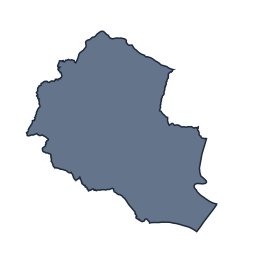 the district of Mork, Xiangkhoang, Laos, rotated 189°
{"feature_id": "54806243B65715905336268", "entity_name": "Mork", "entity_type": "district", "adm_level": 2, "iso_a3": "LAO", "parent_name": "Laos", "parent_adm1": "Xiangkhoang", "projection": "orthographic", "projection_center": [104.08, 19.054], "detail": "fine", "context": "isolated", "style": "filled", "palette": "slate", "viewbox_px": 256, "rotation_deg": 189, "n_neighbors": 0, "source": "geoboundaries", "source_scale": "gbopen_adm2", "svg_char_len": 5847}
<svg xmlns="http://www.w3.org/2000/svg" viewBox="0 0 256 256"><g transform="rotate(189 128 128)"><path d="M151.3,215.1L152.6,215.3L153.1,215.2L157.1,213.7L158.5,213.8L160.2,214.3L162.1,216.5L162.5,216.7L163.3,216.8L167.1,219.4L168.3,219.6L169.8,219.2L171.4,217.9L173.5,215.6L174.2,214.1L175.1,213.0L175.8,212.5L177.5,212.0L179.5,209.4L181.6,208.5L183.0,207.1L183.2,206.6L183.2,205.4L182.5,203.7L182.1,201.7L184.3,197.8L187.2,194.9L188.0,193.1L188.3,189.6L189.6,184.4L190.2,184.2L190.5,184.7L191.3,184.8L191.4,185.8L191.7,186.2L193.1,186.3L194.2,186.7L194.9,186.1L195.7,186.0L197.6,186.4L198.2,185.7L198.9,185.6L199.5,185.1L200.2,185.2L200.4,185.0L200.7,183.9L201.1,183.4L202.3,183.4L202.4,183.6L202.5,184.4L202.6,184.5L203.6,184.0L203.7,183.7L204.4,183.6L204.8,183.9L205.9,183.7L206.2,183.4L206.2,182.6L207.1,178.8L207.1,177.7L206.9,177.4L206.5,177.2L204.6,177.3L204.7,177.1L205.3,176.7L206.3,175.6L206.4,175.2L206.1,174.6L205.4,174.5L205.4,173.9L204.3,173.2L203.6,172.1L203.1,172.4L202.8,172.3L202.3,170.9L201.8,170.3L201.5,168.3L201.7,167.7L202.4,167.1L202.4,166.1L203.5,166.1L203.8,165.9L204.4,165.2L204.5,164.6L204.8,164.4L205.7,165.1L207.2,164.8L207.3,164.7L206.9,164.4L206.9,164.2L207.9,163.3L208.1,162.6L210.6,162.6L212.0,161.7L212.9,160.7L213.5,160.8L214.2,160.6L215.0,161.3L215.6,161.4L216.3,161.4L216.8,161.0L217.7,161.0L218.1,160.4L218.7,160.3L219.3,159.3L220.7,158.5L220.8,158.1L220.5,156.8L220.6,156.5L221.8,156.1L222.4,155.5L222.8,154.9L222.9,154.0L223.4,153.3L223.4,152.6L223.0,150.0L223.9,149.0L224.0,148.5L223.9,148.3L223.3,147.9L222.3,146.5L223.3,145.6L223.3,145.3L222.4,145.1L222.1,144.9L221.9,143.6L221.4,142.9L221.0,142.7L220.3,142.7L220.6,141.9L220.5,141.4L219.6,139.9L219.7,138.6L219.4,138.2L219.5,137.8L218.5,136.5L218.3,135.5L218.4,134.9L219.0,134.4L220.2,132.1L220.2,131.1L220.9,129.3L220.7,127.1L221.3,126.1L221.1,124.9L221.8,123.8L221.4,123.3L221.2,122.5L221.5,122.0L221.5,121.1L221.7,120.7L222.5,120.8L223.5,120.3L223.3,119.8L223.5,117.6L223.7,116.8L224.2,116.1L224.4,114.8L224.7,114.5L225.1,113.9L226.0,111.5L226.2,110.9L225.9,110.0L226.1,109.1L226.8,107.8L227.3,107.8L227.5,107.5L227.4,107.1L226.7,106.3L226.4,104.8L225.7,104.7L224.3,104.8L224.0,105.2L222.0,106.1L221.5,106.0L221.0,106.3L220.2,106.3L219.9,106.7L219.1,107.0L217.2,108.3L216.3,107.4L215.4,107.3L214.7,106.8L213.9,106.7L212.7,107.1L211.9,107.7L207.7,106.2L205.9,105.0L205.3,104.9L205.0,104.6L204.9,103.6L206.2,102.6L206.3,101.7L207.0,101.0L206.3,99.6L206.9,99.0L206.8,97.1L209.3,94.8L209.3,94.2L208.8,92.2L208.1,91.4L207.1,91.1L206.4,91.2L205.4,90.6L203.2,90.7L202.5,90.3L201.9,90.4L200.6,90.1L199.7,89.0L199.9,88.4L199.4,87.0L199.5,86.5L198.8,85.9L198.8,84.9L198.6,83.8L198.7,83.0L197.6,82.2L195.8,78.6L195.2,78.0L194.5,77.7L194.2,77.1L193.9,77.1L193.2,77.5L192.4,77.5L192.0,77.3L191.4,77.5L190.6,77.3L189.9,77.3L189.4,77.0L188.4,76.7L186.4,76.9L184.4,76.5L183.5,76.5L181.4,75.8L181.1,75.4L179.4,74.7L177.9,74.6L177.2,75.2L177.0,74.8L175.4,73.4L175.1,72.7L174.9,72.1L174.5,71.7L174.0,70.5L172.4,68.7L171.6,68.7L171.2,68.1L171.0,68.5L169.4,69.8L169.1,70.4L168.4,71.0L167.9,72.0L167.2,70.9L167.3,70.1L166.5,69.6L165.9,68.2L165.3,67.8L165.3,66.7L164.9,66.3L164.7,65.8L163.9,65.5L163.0,64.7L161.4,64.5L161.3,64.3L161.5,64.1L161.0,63.1L159.5,62.9L159.0,62.2L158.9,61.5L157.9,61.0L157.7,60.4L157.2,59.7L156.6,60.0L156.2,60.4L155.5,60.6L154.7,61.1L154.2,61.7L153.4,62.2L153.0,62.0L152.7,62.2L152.0,61.4L151.3,61.2L150.7,61.4L150.7,61.9L150.3,61.7L150.1,61.4L149.5,61.1L148.8,61.7L147.9,62.2L146.0,62.2L145.5,62.5L145.2,62.5L143.0,63.3L142.2,63.2L141.3,63.4L140.1,63.3L138.8,64.1L137.0,64.3L134.6,65.6L134.2,66.0L132.6,65.4L132.6,64.5L131.6,62.8L129.8,62.3L128.7,61.5L127.4,60.9L126.6,60.7L125.6,60.9L123.9,60.2L122.9,59.7L121.7,58.6L120.5,58.1L118.6,56.3L115.4,52.6L108.0,46.2L107.7,45.8L107.8,45.0L107.2,44.6L107.3,44.0L106.1,43.1L105.5,42.1L106.3,41.3L105.9,40.4L104.6,39.7L103.9,39.7L103.2,39.0L102.5,39.4L102.0,38.7L100.1,37.8L99.1,37.8L97.4,38.7L97.1,39.6L97.0,40.3L96.6,40.7L95.3,41.1L93.5,39.5L92.1,38.6L91.8,37.5L89.9,38.3L82.5,39.5L79.8,40.3L73.8,41.2L71.5,41.4L69.4,41.2L64.8,41.2L52.0,39.6L47.0,37.9L43.9,36.4L41.5,40.8L38.6,46.9L30.0,62.9L29.4,64.4L28.8,65.4L28.5,66.8L31.7,67.1L33.6,67.5L37.2,68.8L46.0,73.1L49.9,76.0L50.7,77.3L52.4,78.7L53.5,79.9L53.5,82.1L52.7,83.2L50.7,84.1L45.5,84.5L44.3,84.9L42.7,85.5L42.0,87.0L42.7,88.3L46.6,90.9L48.4,91.8L49.9,94.7L51.2,99.6L50.9,113.8L48.8,129.8L49.9,129.8L50.9,129.5L53.5,129.7L54.0,129.9L54.8,131.3L55.7,131.6L56.4,132.0L57.4,135.2L58.0,136.2L58.6,136.4L59.0,137.1L59.0,137.8L58.6,139.1L58.8,140.0L60.2,138.7L60.7,139.1L61.4,139.0L63.0,138.2L63.7,138.6L64.1,138.6L65.5,139.3L67.0,138.8L68.6,138.8L71.0,137.8L72.8,138.0L73.6,137.8L75.0,137.3L75.8,137.7L76.9,138.0L78.1,138.7L80.2,138.7L82.5,137.9L84.2,139.3L85.0,139.5L85.5,139.3L87.7,137.2L87.9,137.2L90.0,140.9L90.5,144.6L92.3,144.9L94.5,146.7L95.7,147.2L98.2,149.8L99.5,150.0L99.4,152.2L99.0,153.4L99.7,155.4L99.3,156.4L99.6,156.7L99.4,157.6L99.7,158.5L99.3,159.3L99.4,160.1L99.2,161.0L99.6,161.2L99.8,161.8L99.3,162.7L99.0,163.6L99.2,164.7L98.4,165.9L98.0,166.2L97.9,167.0L97.7,167.6L98.0,168.6L98.1,169.8L97.9,170.2L97.7,171.6L97.9,172.7L97.7,173.7L98.0,174.1L98.0,174.5L97.4,175.0L97.7,175.9L97.0,177.1L97.6,179.3L97.5,179.6L96.9,179.9L97.0,181.0L96.9,181.9L96.6,182.9L96.0,183.7L96.4,184.7L96.1,185.8L96.7,186.9L96.6,187.6L96.1,188.5L95.3,189.2L94.9,190.0L94.0,190.0L93.7,190.6L93.2,190.9L92.8,192.7L92.6,192.8L94.1,192.9L97.4,193.7L99.0,194.6L99.7,194.8L105.4,195.5L107.6,197.1L109.2,197.8L111.2,198.4L114.1,200.0L116.4,200.9L120.0,201.4L121.3,201.0L123.5,202.5L125.9,202.9L127.8,203.6L129.7,204.6L132.6,206.6L133.6,206.9L135.1,208.3L136.8,210.4L137.2,210.6L139.2,210.0L140.5,210.0L140.9,210.2L143.2,212.3L143.3,214.1L143.6,214.6L144.7,215.3L146.1,215.6L149.6,215.7L151.3,215.1Z" fill="#64748b" stroke="#1e293b" stroke-width="1.5"/></g></svg>